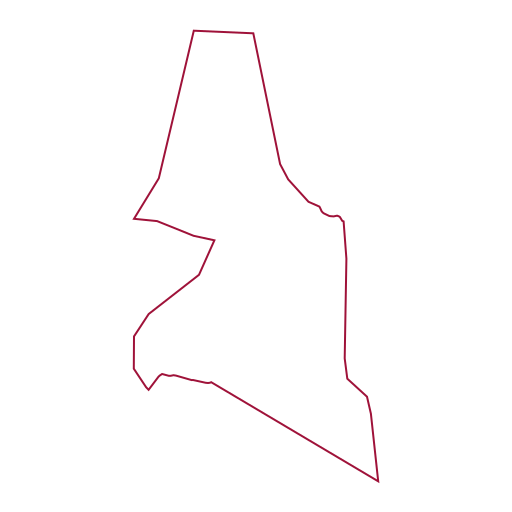 SVG path tracing the border of Saint John
{"feature_id": "DMA-1435", "entity_name": "Saint John", "entity_type": "Parish", "adm_level": 1, "iso_a3": "DMA", "parent_name": "Dominica", "parent_adm1": "", "projection": "robinson", "projection_center": [-61.45, 15.568], "detail": "fine", "context": "isolated", "style": "outline", "palette": "rose", "viewbox_px": 512, "rotation_deg": 0, "n_neighbors": 0, "source": "natural_earth", "source_scale": "10m", "svg_char_len": 749}
<svg xmlns="http://www.w3.org/2000/svg" viewBox="0 0 512 512"><path d="M148.6,389.8L146.1,387.2L133.8,368.7L134.0,336.4L148.7,314.0L199.0,274.8L214.4,240.3L193.6,235.8L157.1,221.1L134.0,218.8L158.8,178.3L193.8,30.7L253.3,33.3L280.1,164.1L288.2,179.4L308.5,201.8L319.4,206.6L320.2,208.1L321.6,211.2L322.7,212.5L323.9,213.4L329.3,216.0L330.9,216.2L333.7,216.4L335.0,216.1L336.0,215.9L337.1,215.7L338.0,216.0L339.0,216.4L339.9,217.0L342.2,220.8L343.6,221.4L346.4,258.7L344.7,358.4L347.3,378.7L367.0,396.7L370.9,413.7L378.2,481.3L211.2,382.2L210.1,382.7L208.1,383.0L205.8,382.8L193.0,380.0L191.7,380.1L176.0,375.6L173.5,375.2L170.7,375.8L168.8,375.8L162.1,374.0L159.8,375.5L158.5,376.7L148.6,389.8Z" fill="none" stroke="#9f1239" stroke-width="2"/></svg>